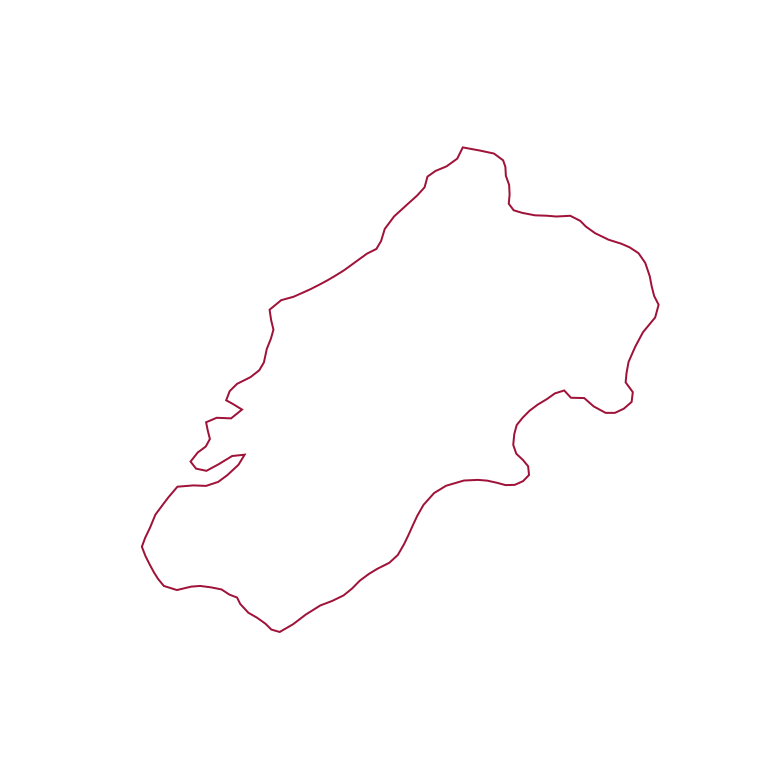 the district of Mvita, Kenya, rotated 66°
{"feature_id": "3690345B40484627971500", "entity_name": "Mvita", "entity_type": "district", "adm_level": 2, "iso_a3": "KEN", "parent_name": "Kenya", "parent_adm1": "", "projection": "equal_earth", "projection_center": [39.663, -4.052], "detail": "fine", "context": "isolated", "style": "outline", "palette": "rose", "viewbox_px": 768, "rotation_deg": 66, "n_neighbors": 0, "source": "geoboundaries", "source_scale": "gbopen_adm2", "svg_char_len": 2044}
<svg xmlns="http://www.w3.org/2000/svg" viewBox="0 0 768 768"><g transform="rotate(66 384 384)"><path d="M199.9,215.8L207.9,225.4L210.6,238.3L210.3,250.3L212.2,259.9L220.8,266.9L225.2,276.8L229.6,290.3L235.0,306.6L242.7,320.3L252.2,328.5L257.5,336.0L258.0,346.7L260.7,359.4L263.8,374.0L265.1,383.2L266.2,392.5L267.0,403.2L267.5,413.4L267.5,431.2L265.6,443.8L269.6,458.3L279.6,461.1L289.4,462.9L296.5,468.8L304.4,476.9L315.4,484.9L320.7,492.3L323.4,503.1L324.1,518.2L327.7,527.8L334.7,534.8L340.6,530.3L349.6,524.1L353.2,537.7L346.8,550.6L346.6,562.1L355.2,564.0L363.4,565.4L368.6,572.2L370.8,582.0L376.2,592.3L384.9,590.1L391.1,581.5L390.0,567.3L388.0,552.1L391.9,540.1L398.6,549.8L403.5,564.1L406.0,575.3L404.7,588.0L399.1,599.4L393.8,614.5L399.9,627.2L405.2,636.8L410.3,645.9L420.1,656.2L427.4,664.8L434.2,671.4L444.0,671.9L453.1,671.5L462.4,670.8L470.1,669.7L478.9,667.3L488.0,657.0L490.7,642.5L493.7,634.1L499.5,624.6L505.6,616.0L513.5,610.9L519.3,605.1L526.5,604.8L537.7,601.0L545.8,595.1L554.8,589.8L562.5,586.8L568.1,580.2L566.5,564.9L562.8,549.2L560.4,532.3L561.1,519.3L560.7,507.0L557.9,496.5L553.8,486.0L551.4,475.3L550.1,465.2L549.5,451.9L545.8,440.9L538.3,430.6L531.4,422.5L523.9,414.1L518.0,407.3L510.5,397.1L504.0,382.6L502.2,368.7L504.7,350.2L509.8,337.2L514.2,329.1L520.1,321.1L525.8,314.1L529.3,305.6L529.3,296.4L526.1,288.5L517.8,285.8L510.1,287.9L501.5,291.5L492.2,290.7L482.8,285.4L475.5,279.5L471.2,271.1L467.6,261.8L465.4,252.2L464.0,241.1L462.1,231.8L463.2,222.0L472.6,218.8L478.3,206.8L489.7,201.6L500.5,193.3L504.3,184.7L504.1,175.0L501.1,165.1L492.6,160.0L480.8,162.6L472.5,157.9L463.3,151.6L452.1,139.3L442.0,126.3L433.5,109.2L423.3,100.9L413.4,101.4L403.5,99.7L393.7,97.4L386.4,96.7L379.5,96.1L368.0,98.3L359.1,104.0L352.4,110.1L343.5,120.2L332.1,129.8L322.2,135.6L314.9,138.3L306.1,145.4L301.1,158.4L296.3,167.2L291.3,177.5L283.9,188.1L278.0,194.9L270.1,196.7L262.0,192.2L253.0,188.7L243.4,188.0L235.0,184.8L228.1,184.2L218.2,189.8L209.7,201.5L199.9,215.8Z" fill="none" stroke="#9f1239" stroke-width="2"/></g></svg>